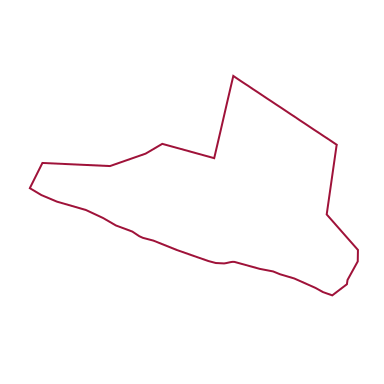 an SVG outline of Mudug, rotated 86°
{"feature_id": "SOM-2412", "entity_name": "Mudug", "entity_type": "Region", "adm_level": 1, "iso_a3": "SOM", "parent_name": "Somalia", "parent_adm1": "", "projection": "equal_earth", "projection_center": [47.931, 6.026], "detail": "fine", "context": "isolated", "style": "outline", "palette": "rose", "viewbox_px": 384, "rotation_deg": 86, "n_neighbors": 0, "source": "natural_earth", "source_scale": "10m", "svg_char_len": 936}
<svg xmlns="http://www.w3.org/2000/svg" viewBox="0 0 384 384"><g transform="rotate(86 192 192)"><path d="M79.1,142.7L80.6,140.8L82.1,138.9L85.3,134.8L88.5,130.6L89.9,128.7L93.4,124.3L96.8,119.8L100.3,115.3L103.8,110.8L107.2,106.3L110.7,101.8L114.1,97.3L117.6,92.8L121.1,88.3L124.5,83.8L128.0,79.4L131.4,74.9L134.9,70.4L138.4,65.9L141.8,61.4L145.3,56.9L148.7,52.4L152.2,47.9L155.0,44.3L156.8,44.8L157.3,44.9L223.8,59.2L261.4,30.5L272.8,31.5L290.6,43.0L294.8,43.9L304.9,59.3L301.0,68.3L296.3,75.5L285.4,96.0L280.2,109.9L276.9,116.6L273.4,129.8L264.7,154.5L264.5,156.6L264.7,158.8L265.3,162.8L265.5,164.9L264.5,173.2L262.0,180.5L256.0,194.5L248.8,211.2L237.8,233.9L234.3,244.2L232.4,247.7L227.3,254.3L220.1,270.2L211.7,282.6L202.6,299.0L192.2,327.4L184.6,342.4L176.9,353.5L176.5,353.3L152.6,339.2L160.4,272.0L150.5,235.6L141.9,218.3L159.8,167.5L132.9,159.2L106.0,151.0L79.1,142.7Z" fill="none" stroke="#9f1239" stroke-width="2"/></g></svg>